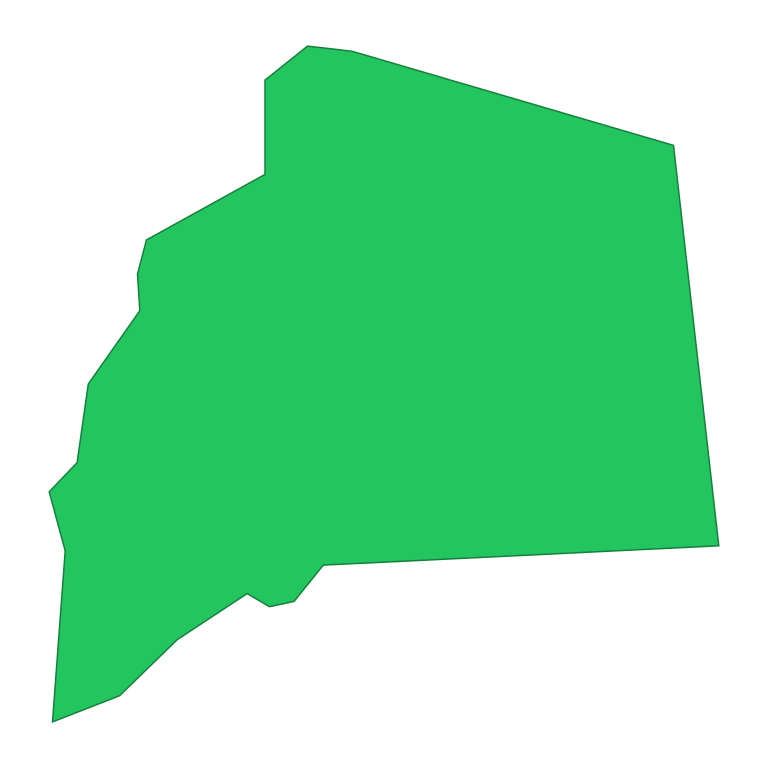 map outline of Muntinlupa (Natural Earth projection)
{"feature_id": "PHL-5557", "entity_name": "Muntinlupa", "entity_type": "Highly Urbanized City", "adm_level": 1, "iso_a3": "PHL", "parent_name": "Philippines", "parent_adm1": "", "projection": "natural_earth1", "projection_center": [121.049, 14.415], "detail": "fine", "context": "isolated", "style": "filled", "palette": "green", "viewbox_px": 768, "rotation_deg": 0, "n_neighbors": 0, "source": "natural_earth", "source_scale": "10m", "svg_char_len": 375}
<svg xmlns="http://www.w3.org/2000/svg" viewBox="0 0 768 768"><path d="M52.5,721.9L65.2,550.9L49.2,491.8L77.1,462.6L88.3,384.0L139.8,310.7L137.5,274.0L146.5,239.9L265.0,174.4L265.0,80.1L307.5,46.1L352.2,51.3L673.5,145.4L718.8,545.8L323.3,565.1L294.1,601.4L269.5,606.7L247.1,593.6L177.3,639.6L119.6,695.7L52.5,721.9Z" fill="#22c55e" stroke="#15803d" stroke-width="1.5"/></svg>